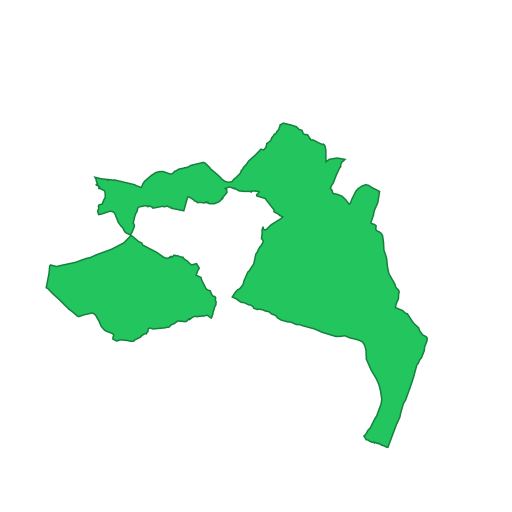 Arusha, Arusha, United Republic of Tanzania (orthographic projection), rotated 110°
{"feature_id": "72390352B32479700182608", "entity_name": "Arusha", "entity_type": "district", "adm_level": 2, "iso_a3": "TZA", "parent_name": "United Republic of Tanzania", "parent_adm1": "Arusha", "projection": "orthographic", "projection_center": [36.712, -3.359], "detail": "fine", "context": "isolated", "style": "filled", "palette": "green", "viewbox_px": 512, "rotation_deg": 110, "n_neighbors": 0, "source": "geoboundaries", "source_scale": "gbopen_adm2", "svg_char_len": 6123}
<svg xmlns="http://www.w3.org/2000/svg" viewBox="0 0 512 512"><g transform="rotate(110 256 256)"><path d="M167.1,209.2L163.6,209.1L161.4,208.4L152.1,208.2L144.5,207.5L143.2,206.9L141.4,207.6L138.9,207.6L134.8,205.4L136.2,213.3L140.1,220.2L143.5,222.5L132.6,226.6L129.3,228.6L128.3,229.7L127.9,230.9L128.3,231.0L128.4,234.3L127.5,240.9L127.5,242.6L128.2,243.3L127.8,245.0L127.1,245.1L127.1,245.8L125.0,248.1L124.4,249.4L125.2,251.8L124.8,253.4L122.2,255.8L122.3,259.1L120.7,262.2L120.9,267.8L121.8,275.6L122.6,276.6L124.2,277.7L124.4,278.2L125.2,277.9L126.3,278.1L129.3,277.9L132.0,279.0L132.8,278.9L133.9,279.2L135.7,280.6L136.5,280.5L139.6,281.7L141.5,281.6L142.9,281.9L145.0,283.1L146.6,284.4L149.5,283.9L151.0,284.0L153.8,285.2L153.9,287.9L160.6,290.8L169.3,295.4L174.3,296.7L174.4,297.0L177.0,298.0L179.9,298.5L180.9,299.2L182.0,298.8L183.9,299.2L189.8,301.9L190.6,302.7L194.5,304.1L196.2,307.3L196.5,310.2L196.2,311.8L195.5,314.5L195.0,315.0L192.8,319.9L189.6,328.6L188.7,329.8L186.2,335.2L186.0,337.4L193.2,348.3L195.6,350.2L196.5,351.3L197.5,353.3L197.9,353.6L200.9,358.4L203.3,360.2L204.3,361.6L205.3,361.6L207.9,363.3L208.3,365.1L208.4,372.4L209.8,375.8L211.1,377.4L211.5,378.4L215.9,381.8L224.0,386.3L227.0,387.0L229.7,387.0L230.9,387.4L230.8,393.3L230.5,394.4L232.6,412.3L233.0,415.1L233.3,415.0L234.8,421.7L235.4,421.3L235.5,424.6L236.3,427.1L237.1,434.3L238.9,432.2L239.8,432.0L242.4,429.7L243.5,430.6L243.8,430.5L244.1,429.5L243.5,428.9L244.5,427.8L244.6,426.4L245.1,426.4L245.3,427.0L246.3,426.9L246.0,425.7L246.4,421.6L246.6,420.8L247.9,419.6L251.1,418.2L253.4,417.7L255.1,418.2L259.8,418.3L261.8,421.1L263.4,421.1L264.6,420.1L268.2,420.1L270.9,418.0L269.4,415.5L263.9,408.6L263.3,406.0L264.1,403.5L271.5,396.9L274.4,392.6L274.9,391.1L278.0,387.8L278.7,386.2L279.3,380.6L278.2,381.1L276.3,380.6L269.9,380.4L269.1,380.6L267.8,381.5L267.2,382.6L261.8,383.3L258.2,383.6L254.4,383.0L251.7,383.5L250.0,382.8L246.4,376.9L246.7,374.4L245.6,374.2L245.3,373.2L245.7,372.2L245.4,370.5L246.3,369.2L241.3,360.9L241.1,358.8L239.8,357.2L239.3,356.1L239.8,355.0L239.3,353.2L239.7,351.9L240.1,352.0L238.2,339.3L223.9,340.4L223.5,339.1L224.4,333.9L225.2,332.9L225.2,331.0L225.9,329.1L224.8,327.1L223.7,322.3L222.2,321.6L222.8,320.3L221.8,319.8L222.7,318.9L222.8,317.6L221.0,312.8L217.4,309.0L213.5,307.1L213.5,307.6L206.2,305.0L203.6,306.3L203.1,308.0L200.1,304.4L200.2,299.3L199.7,299.5L200.6,294.1L199.4,289.4L197.6,284.4L197.4,282.3L196.7,282.5L195.1,279.0L195.3,278.7L194.4,275.3L195.7,275.1L198.2,276.4L199.3,275.8L198.8,267.2L206.6,254.7L208.1,254.4L208.6,253.1L208.7,250.5L209.4,248.3L209.2,247.8L209.8,247.6L210.0,244.3L212.4,245.4L221.4,252.4L227.1,255.1L228.4,256.4L228.2,258.3L226.0,259.4L229.6,259.2L232.8,257.9L237.9,256.8L237.9,256.2L239.7,254.2L242.4,254.3L243.6,254.8L244.3,254.6L246.2,255.5L249.0,256.0L251.5,256.1L254.4,256.8L264.3,255.4L270.6,257.0L271.1,256.8L274.0,258.2L284.0,258.8L286.4,258.4L289.3,259.0L292.7,260.3L293.8,261.6L297.1,263.0L302.7,264.3L302.9,260.4L304.3,255.7L304.6,253.9L303.9,251.2L304.4,246.0L303.8,244.6L304.5,241.7L305.9,240.2L305.8,236.2L304.9,235.3L304.3,231.1L304.5,228.0L303.9,225.0L305.2,221.3L305.1,217.5L306.8,214.5L307.6,210.4L307.1,204.0L306.2,200.5L306.6,195.5L306.4,193.7L305.4,191.3L305.6,188.6L304.5,176.2L305.1,167.5L304.3,153.3L302.4,148.6L300.6,145.5L300.8,139.6L300.0,132.7L300.0,128.6L300.5,126.2L302.8,123.3L305.0,121.7L307.6,120.1L312.0,118.4L312.6,117.9L314.9,117.3L323.8,108.8L330.3,100.8L334.6,96.7L339.9,93.0L347.6,88.8L352.0,87.9L364.9,87.9L367.8,88.6L378.3,89.8L381.9,91.3L384.4,91.5L387.9,92.6L388.3,93.0L390.9,89.7L390.6,87.5L391.2,86.1L391.3,83.0L390.5,81.7L391.3,80.7L390.3,79.9L390.7,77.8L390.0,76.7L390.5,76.3L390.3,75.3L390.8,73.3L390.6,71.3L391.0,67.6L390.7,66.6L366.9,66.4L358.4,65.7L353.5,66.4L344.5,67.0L340.2,66.2L326.0,66.2L316.1,66.5L303.2,67.6L301.2,66.8L297.5,66.6L295.0,65.7L287.2,65.5L284.2,66.4L276.9,66.3L274.5,67.1L273.7,68.4L273.1,72.4L270.3,76.6L267.8,78.7L265.3,84.9L258.5,94.1L258.7,95.9L257.1,99.6L256.8,107.4L252.6,107.9L247.5,107.5L243.5,108.8L240.7,109.2L239.3,110.4L237.9,113.4L236.7,114.8L235.2,115.6L227.0,125.2L220.9,128.9L213.1,132.7L206.7,137.8L199.2,141.0L193.5,144.1L191.9,146.2L191.2,148.2L191.0,151.0L190.3,152.2L188.8,153.1L187.6,153.1L186.5,153.5L185.8,155.7L186.0,158.9L185.1,159.5L177.0,159.6L175.3,160.1L172.0,160.3L164.3,159.8L153.1,161.9L152.0,170.6L151.1,174.4L151.5,177.3L153.7,180.1L157.9,183.1L160.8,184.3L170.4,185.4L174.0,185.3L175.5,186.1L172.3,191.2L170.4,195.6L170.2,200.2L170.9,205.1L168.1,207.1L167.1,209.2ZM373.6,401.8L370.0,397.4L365.5,390.3L365.9,388.0L366.6,386.3L371.2,381.0L375.1,377.3L377.1,373.8L377.8,371.9L378.0,364.6L378.4,363.2L379.2,362.6L381.2,362.6L383.0,362.1L383.6,357.9L381.7,355.5L380.7,353.3L379.2,347.0L379.0,344.6L378.2,342.4L377.4,341.4L375.8,341.1L375.6,340.5L371.8,336.8L371.2,336.8L370.5,336.2L370.0,336.4L369.0,335.3L368.3,335.1L366.6,333.2L366.6,332.3L365.3,332.5L364.3,331.7L361.2,332.3L359.9,331.1L359.8,327.8L354.6,316.9L353.0,314.6L352.8,313.8L352.3,313.2L349.9,312.3L347.3,309.5L343.8,307.3L341.8,299.8L341.1,298.9L337.8,297.4L337.7,297.0L338.4,296.9L338.5,296.6L335.9,295.2L333.4,292.7L333.2,290.2L332.2,289.3L331.6,287.4L330.9,286.6L330.6,285.0L328.3,281.7L329.7,276.9L328.7,276.6L325.0,276.7L323.5,277.2L319.8,277.1L318.8,277.5L315.7,277.0L312.7,277.8L311.5,279.1L309.0,279.6L308.2,280.8L308.4,282.7L308.0,283.6L304.8,286.9L304.3,287.0L304.5,289.8L303.8,291.8L297.3,298.7L295.0,300.3L294.5,305.7L289.4,305.7L286.9,305.1L283.5,309.3L286.4,313.5L285.5,316.3L284.2,318.7L283.8,321.2L282.8,323.6L282.1,324.2L282.7,326.7L282.5,330.0L283.3,331.3L283.0,332.2L283.5,333.7L285.2,333.8L285.6,334.1L285.4,335.4L286.4,335.6L286.0,336.4L286.5,336.5L288.0,337.7L288.8,339.6L288.8,342.1L286.5,350.6L284.5,366.0L282.9,367.9L282.5,371.5L279.9,378.5L279.5,380.5L288.9,384.7L299.0,394.0L309.8,406.8L314.1,411.1L316.5,414.9L323.8,423.6L332.3,437.2L334.1,439.7L334.7,446.0L335.8,446.5L342.9,444.6L357.5,442.3L357.9,440.2L360.7,434.7L363.7,427.2L369.1,415.5L369.4,414.3L369.8,414.2L371.2,409.4L373.5,403.5L373.6,401.8Z" fill="#22c55e" stroke="#15803d" stroke-width="1.5"/></g></svg>